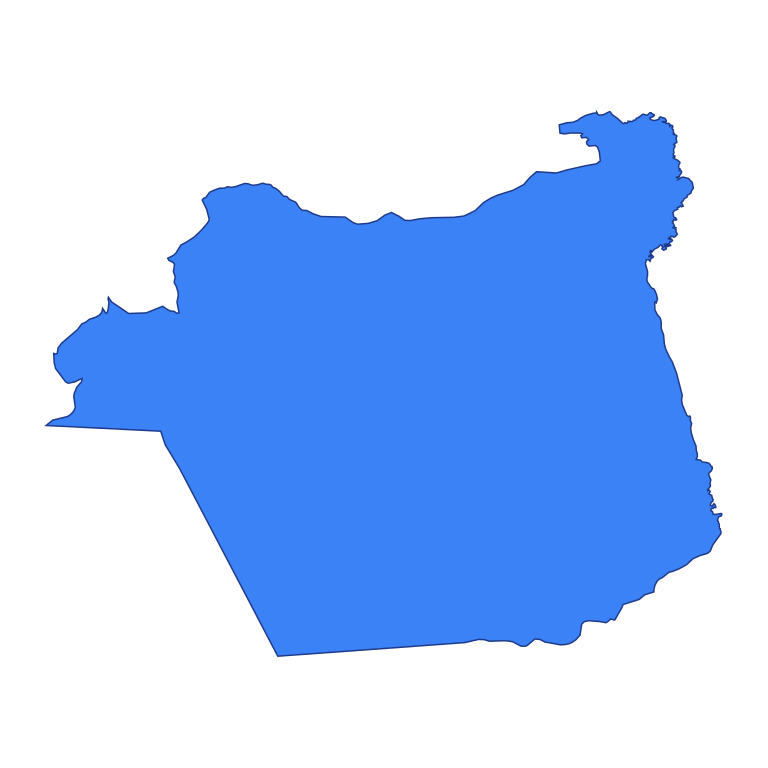 the district of Des Barras, Dauphin, Saint Lucia
{"feature_id": "8701671B86108661761319", "entity_name": "Des Barras", "entity_type": "district", "adm_level": 2, "iso_a3": "LCA", "parent_name": "Saint Lucia", "parent_adm1": "Dauphin", "projection": "mercator", "projection_center": [-60.902, 14.001], "detail": "fine", "context": "isolated", "style": "filled", "palette": "blue", "viewbox_px": 768, "rotation_deg": 0, "n_neighbors": 0, "source": "geoboundaries", "source_scale": "gbopen_adm2", "svg_char_len": 6102}
<svg xmlns="http://www.w3.org/2000/svg" viewBox="0 0 768 768"><path d="M179.6,468.5L277.8,656.2L464.8,642.6L478.7,639.4L484.4,639.7L489.3,641.2L505.7,640.7L512.6,641.7L521.1,646.2L525.4,646.2L527.4,645.3L534.9,639.0L540.0,639.5L544.9,642.0L560.4,644.8L564.7,644.6L569.1,643.7L571.9,642.5L575.7,639.9L580.0,635.2L581.7,624.2L584.2,621.7L588.6,620.7L600.0,621.6L605.8,622.7L607.7,621.7L610.3,619.3L611.6,619.1L613.8,620.0L614.9,619.8L621.9,607.6L623.1,604.5L639.3,599.4L644.7,594.8L653.9,591.9L654.0,588.8L655.0,585.2L657.0,581.3L659.2,579.1L662.6,577.4L669.0,572.2L672.0,571.6L678.9,568.9L686.5,564.7L693.0,558.7L699.6,555.7L707.6,553.3L710.3,551.0L712.8,544.9L720.9,533.6L721.0,531.5L720.3,530.4L720.3,528.8L719.4,528.4L719.2,523.9L718.5,523.2L718.4,521.4L717.4,520.6L718.4,517.3L719.6,516.3L721.0,516.2L721.9,514.4L721.6,513.6L721.0,513.5L715.3,514.5L713.1,514.1L712.4,511.4L710.9,510.8L711.3,508.5L713.2,508.4L713.7,507.3L715.6,507.7L715.9,507.0L714.9,504.4L713.9,503.7L712.1,506.1L710.2,505.3L711.4,501.9L712.7,501.5L713.1,499.3L712.4,498.4L711.7,495.3L708.7,493.9L710.2,491.7L710.0,491.2L709.0,489.9L708.2,489.9L707.7,490.6L707.4,490.0L710.4,486.3L710.3,484.1L709.9,483.7L710.8,479.9L708.5,474.2L709.3,472.8L711.2,471.0L712.3,468.7L712.2,467.3L711.9,466.5L710.8,466.1L710.5,465.1L709.2,463.4L707.2,462.6L702.1,462.0L700.4,460.1L696.1,459.5L697.4,456.5L697.3,453.7L696.3,450.3L696.0,446.0L693.3,439.6L691.4,433.2L690.6,428.1L691.6,423.6L690.4,420.3L690.5,417.2L689.8,416.0L688.4,416.5L686.9,415.5L682.4,404.8L681.6,400.3L682.2,395.0L676.3,372.4L672.3,361.9L669.3,356.8L665.7,349.0L664.3,343.6L663.6,335.0L661.2,328.5L661.3,323.3L660.7,319.5L660.0,317.7L657.6,315.2L654.9,309.9L654.7,302.4L655.2,301.8L656.2,302.8L657.5,299.2L656.4,294.2L654.3,289.4L653.4,288.6L651.6,288.1L647.1,281.5L646.9,277.9L647.5,276.2L647.6,271.7L645.4,263.5L646.4,259.8L648.7,259.8L650.0,261.3L651.2,257.9L652.8,257.7L653.4,256.6L652.3,255.5L649.7,256.8L648.9,256.7L649.2,255.5L651.7,255.1L650.2,252.8L650.1,251.1L650.4,250.7L651.6,250.9L651.6,252.3L654.5,249.1L658.0,247.4L660.5,245.0L662.1,245.3L662.1,246.5L662.9,247.3L661.9,248.4L662.0,249.0L663.7,250.2L666.0,249.2L666.4,248.2L665.8,247.1L664.3,246.1L664.6,245.9L667.7,246.5L670.6,245.5L670.4,244.8L669.2,244.9L668.8,244.5L667.8,245.0L666.7,244.4L665.6,245.0L664.8,244.3L669.1,243.5L669.8,242.7L669.8,241.8L671.1,241.8L672.5,240.6L671.8,239.3L670.0,239.6L668.4,238.8L668.5,238.2L669.2,237.8L670.1,238.6L670.7,238.2L670.4,236.8L671.0,236.3L672.7,236.4L673.4,237.1L674.8,236.9L676.9,234.9L676.8,234.2L677.2,233.9L676.0,231.7L676.0,229.4L675.3,228.9L676.0,227.8L674.1,226.9L674.1,227.8L673.0,227.8L674.3,225.7L673.5,223.9L672.4,223.1L673.2,221.8L672.5,221.2L673.5,219.9L675.8,220.2L676.7,219.7L676.4,219.2L675.5,219.1L675.9,218.5L675.6,217.7L674.0,217.5L672.9,212.9L674.3,210.7L677.8,209.1L677.3,207.8L677.9,207.2L679.1,207.2L680.3,205.8L681.3,206.8L683.2,206.2L682.6,204.6L681.1,202.8L683.2,200.9L684.0,198.9L687.0,197.2L687.1,196.1L687.8,195.0L690.9,193.1L691.3,191.3L693.4,188.1L692.2,182.4L688.5,178.5L683.3,177.1L681.1,177.5L679.5,178.9L678.0,179.5L678.9,177.9L678.6,177.2L675.6,177.6L679.4,176.3L679.9,174.9L681.4,173.1L681.6,171.5L680.8,170.4L679.3,170.6L680.1,169.0L678.7,168.2L678.7,165.0L679.8,163.2L679.9,162.2L677.6,160.2L674.5,158.8L674.4,158.0L673.4,158.0L673.0,157.5L674.9,156.8L674.9,155.9L673.5,155.6L673.2,154.0L674.0,152.8L673.6,150.7L673.7,148.7L675.0,146.7L674.8,145.4L673.6,144.7L673.8,144.2L674.7,144.1L675.0,143.4L676.8,142.5L676.1,137.8L676.9,136.2L676.5,135.4L674.7,134.7L674.2,133.6L673.5,134.2L673.3,130.0L671.8,127.9L672.9,126.9L672.4,125.6L670.7,125.1L669.8,126.3L669.5,125.4L670.0,124.8L669.6,123.9L668.3,123.2L667.0,123.5L661.8,121.5L665.7,121.8L666.3,121.4L666.3,120.4L665.0,118.4L660.3,116.9L659.0,118.0L659.2,119.0L658.4,119.5L654.6,120.6L652.2,120.2L650.2,119.1L649.9,118.5L650.1,117.7L653.0,116.8L654.3,115.4L654.1,114.6L652.3,114.0L651.2,112.8L649.9,112.7L647.1,115.3L643.0,114.2L637.3,118.2L636.3,118.2L635.6,120.0L633.3,120.3L633.1,121.2L632.6,121.4L631.2,121.6L630.0,121.2L629.1,121.7L628.1,121.2L627.6,122.9L626.8,123.2L625.0,122.6L623.7,123.5L622.9,123.5L617.8,118.7L612.1,114.6L610.2,111.8L609.2,111.8L603.4,114.7L599.0,115.2L597.9,114.4L596.6,112.0L596.4,113.0L593.5,113.2L586.0,115.3L581.3,117.7L577.4,120.5L573.2,122.2L566.7,122.8L559.2,124.8L560.0,133.2L564.5,133.9L570.8,133.0L581.3,133.1L582.6,134.0L580.8,135.7L581.8,137.8L586.3,137.4L588.8,139.8L586.6,141.5L586.8,144.0L589.1,146.1L595.1,145.5L597.6,147.1L599.4,152.5L600.3,160.9L596.5,163.8L585.3,165.8L566.7,170.0L556.5,173.0L536.5,171.7L529.7,177.7L523.7,184.6L513.0,190.3L497.7,195.1L490.9,198.1L483.6,202.5L475.1,210.7L464.1,216.0L453.9,217.3L431.8,217.7L419.6,218.8L410.4,220.5L405.1,220.4L398.9,216.2L391.4,212.5L384.9,215.1L377.2,220.7L368.0,223.4L357.6,224.2L353.4,222.8L345.2,217.1L320.9,216.5L312.9,213.7L306.7,210.5L302.0,210.2L299.5,207.9L295.7,202.2L289.5,199.4L286.8,196.5L283.3,196.0L279.7,191.7L275.7,188.3L272.7,187.3L271.3,185.2L269.6,184.4L265.9,184.2L262.9,183.2L256.9,184.9L252.3,185.3L248.2,183.8L244.6,183.5L235.3,186.7L231.4,187.3L227.2,186.8L224.5,188.1L219.6,188.2L215.3,189.7L209.7,192.2L205.8,197.5L203.5,198.4L202.2,200.0L206.6,209.1L209.2,219.1L208.9,220.6L207.3,223.3L201.6,230.0L194.4,236.9L186.3,242.2L180.9,245.0L175.9,253.1L173.7,255.2L167.7,258.3L168.9,260.4L173.2,262.5L174.5,264.5L173.4,271.6L175.3,277.1L174.3,281.4L174.3,282.8L176.4,286.7L177.9,291.9L178.3,295.1L177.0,302.0L179.0,312.9L176.7,313.2L174.0,311.3L170.7,311.1L167.6,309.7L162.6,306.3L146.2,312.9L128.7,313.5L111.7,302.0L108.4,297.3L108.0,298.8L108.9,302.3L108.4,307.7L107.6,311.5L106.6,313.4L105.6,312.9L102.6,308.4L102.2,310.9L101.1,313.3L99.2,315.2L95.7,317.2L89.6,319.2L85.2,322.5L82.0,323.7L77.4,329.7L61.7,343.1L58.0,348.1L57.3,353.5L55.6,354.0L53.7,353.4L54.2,362.8L55.7,368.7L65.6,381.8L67.9,383.1L69.0,383.1L75.1,381.8L80.4,379.1L82.1,378.6L81.4,382.0L76.9,387.0L74.2,393.5L73.8,396.9L75.3,407.2L74.4,409.8L72.9,412.1L70.1,414.9L67.2,416.6L52.8,420.1L46.1,425.5L160.7,431.2L165.3,444.9L179.6,468.5Z" fill="#3b82f6" stroke="#1e3a8a" stroke-width="1.5"/></svg>